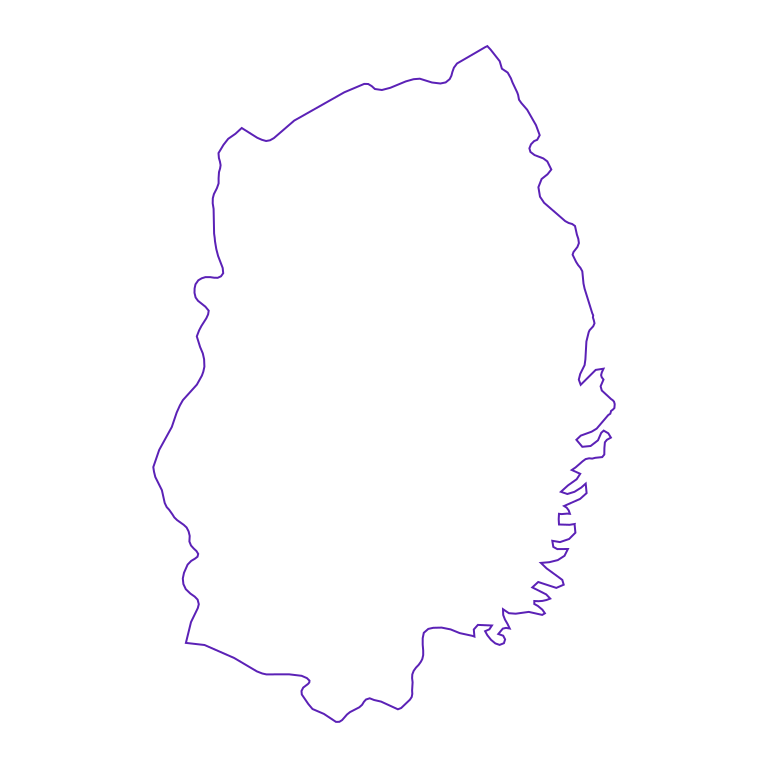 outline of Iwate
{"feature_id": "JPN-1865", "entity_name": "Iwate", "entity_type": "Prefecture", "adm_level": 1, "iso_a3": "JPN", "parent_name": "Japan", "parent_adm1": "", "projection": "robinson", "projection_center": [141.477, 39.602], "detail": "fine", "context": "isolated", "style": "outline", "palette": "violet", "viewbox_px": 768, "rotation_deg": 0, "n_neighbors": 0, "source": "natural_earth", "source_scale": "10m", "svg_char_len": 4189}
<svg xmlns="http://www.w3.org/2000/svg" viewBox="0 0 768 768"><path d="M487.3,46.1L490.5,49.5L499.7,61.2L501.9,68.7L507.7,72.6L510.9,78.3L512.5,82.5L517.2,92.4L518.1,94.9L519.0,99.7L521.4,103.1L527.2,109.8L536.0,125.2L539.7,135.2L537.2,139.8L534.1,141.1L531.0,144.3L529.4,148.3L530.4,151.9L534.6,155.1L543.3,158.4L547.3,161.4L551.3,169.5L547.6,174.2L541.6,179.0L538.4,187.2L540.0,196.7L544.1,202.8L565.2,221.1L568.7,223.0L572.2,224.0L575.0,226.0L576.9,234.6L578.3,238.8L578.9,243.1L577.4,247.0L573.5,252.0L572.6,254.7L576.1,261.9L578.2,265.2L580.4,267.8L582.3,271.3L583.5,283.6L584.6,288.7L592.3,313.4L593.2,315.3L592.9,317.4L593.8,320.2L594.5,323.3L593.2,326.3L589.6,330.2L588.7,332.2L586.4,341.5L585.4,359.3L584.6,365.1L580.2,374.0L578.8,379.6L580.7,384.8L595.7,369.9L603.5,368.7L601.8,372.4L601.1,375.1L601.7,377.2L603.5,379.6L600.6,386.3L601.8,390.5L611.0,399.0L612.7,400.2L614.0,401.6L614.7,404.1L614.4,408.0L612.9,409.6L611.1,410.9L610.3,413.7L608.2,415.1L596.7,428.6L591.6,431.7L580.8,435.6L576.4,439.8L582.3,446.8L590.6,446.0L598.0,440.3L601.2,432.9L603.7,430.6L608.3,433.3L610.9,437.6L606.9,439.8L604.9,442.3L604.4,448.0L604.3,454.5L602.2,457.1L595.3,457.8L592.2,458.6L589.1,458.3L585.6,459.1L582.6,461.3L575.6,467.4L571.8,470.0L580.2,473.8L576.7,479.2L568.0,485.4L560.9,491.8L567.3,494.0L574.5,491.8L581.2,487.6L585.7,483.6L586.6,493.1L580.1,498.9L564.1,506.0L566.7,507.7L568.7,510.4L569.9,513.8L567.2,513.6L561.6,514.1L559.0,513.8L558.7,519.1L559.0,524.5L569.6,524.8L574.7,524.0L574.6,524.5L575.4,532.7L569.1,539.0L560.0,542.1L552.3,540.8L553.3,546.9L557.3,549.1L567.9,549.0L564.5,555.8L557.8,560.1L549.3,562.2L540.9,562.9L546.6,568.4L562.3,579.9L563.7,584.7L556.3,587.9L538.2,582.0L532.3,587.4L546.2,594.4L550.2,598.6L546.5,600.0L542.5,600.9L538.5,601.2L534.3,601.0L534.3,604.0L537.8,605.9L542.4,609.7L544.9,613.3L542.2,614.9L528.8,611.9L515.7,613.7L508.9,613.2L503.0,609.2L503.2,615.0L505.0,619.6L507.5,623.9L509.7,628.5L506.0,627.9L502.8,628.6L498.3,634.0L503.2,635.7L505.1,639.4L503.9,643.2L499.6,644.9L495.3,643.4L491.0,639.8L487.4,635.3L485.1,631.2L489.4,629.3L491.9,625.5L477.9,624.9L473.8,629.5L474.4,636.6L472.2,635.8L459.7,633.1L450.6,629.4L441.6,627.6L433.3,627.8L428.3,628.9L423.8,632.8L422.7,638.2L422.7,644.6L423.2,650.6L423.2,655.1L422.3,659.0L420.9,661.7L418.7,664.8L416.0,667.6L413.7,670.8L412.3,674.4L412.1,678.1L412.6,682.3L412.1,690.4L412.3,693.9L411.7,697.0L409.9,699.7L401.2,708.0L397.9,709.3L381.1,701.6L374.1,700.0L369.7,698.3L366.0,699.5L364.0,701.7L362.1,704.8L359.3,707.3L350.0,712.1L347.0,714.5L342.1,720.1L339.4,721.8L336.0,721.9L323.9,713.9L312.5,709.0L308.3,704.0L301.8,694.5L301.5,691.0L303.2,687.6L308.2,683.8L309.3,682.4L309.5,680.7L306.9,678.1L301.6,675.8L288.9,674.3L266.4,674.4L262.3,673.5L256.9,671.4L234.2,658.0L204.5,645.0L185.9,642.9L191.0,622.1L197.8,608.1L198.8,604.2L197.6,599.6L194.7,596.6L190.4,593.6L185.8,589.2L183.4,584.1L182.8,578.5L184.0,572.8L187.6,564.6L191.2,560.9L194.9,558.7L197.5,556.7L198.2,553.9L196.4,551.0L193.7,548.5L191.0,545.5L189.4,541.5L189.7,535.9L188.6,531.4L186.6,527.5L183.7,524.8L177.2,520.2L174.3,517.4L172.5,514.5L169.1,509.7L166.7,507.1L164.7,502.9L161.9,490.2L155.3,477.0L154.0,471.7L153.3,467.1L159.2,449.9L171.8,427.0L176.7,412.5L179.9,405.4L182.9,400.1L196.9,384.6L201.9,375.6L203.3,371.7L204.4,366.7L204.1,359.3L202.8,353.4L200.1,347.0L196.8,336.4L199.1,330.4L201.4,326.0L206.3,318.3L208.1,314.4L208.7,310.7L205.4,306.7L198.0,300.8L195.6,297.5L194.5,292.8L194.6,288.4L195.5,284.3L198.3,280.3L201.7,278.3L205.5,277.1L210.0,277.1L214.0,277.7L217.7,277.8L221.0,276.3L223.2,273.2L222.7,268.0L218.1,256.0L216.3,249.1L215.0,241.3L214.7,237.9L214.1,233.6L213.6,208.9L212.7,203.3L212.8,198.3L213.9,194.1L216.9,188.2L218.6,183.4L218.6,178.1L219.0,172.1L220.1,168.4L220.6,165.2L219.9,161.4L218.9,158.0L218.5,153.1L223.5,144.8L228.2,138.8L235.4,133.8L241.7,128.0L257.3,137.8L261.9,139.8L266.1,141.0L270.0,140.3L273.9,138.1L294.2,120.6L344.3,92.3L364.2,83.9L368.2,84.0L371.7,86.1L374.9,89.0L381.9,90.0L390.3,87.8L405.8,81.4L413.6,79.2L419.8,78.7L432.0,82.5L440.4,83.5L445.7,82.4L449.7,79.1L451.4,75.7L452.4,71.9L453.9,67.7L457.0,63.5L485.1,47.2L487.3,46.1Z" fill="none" stroke="#5b21b6" stroke-width="2"/></svg>